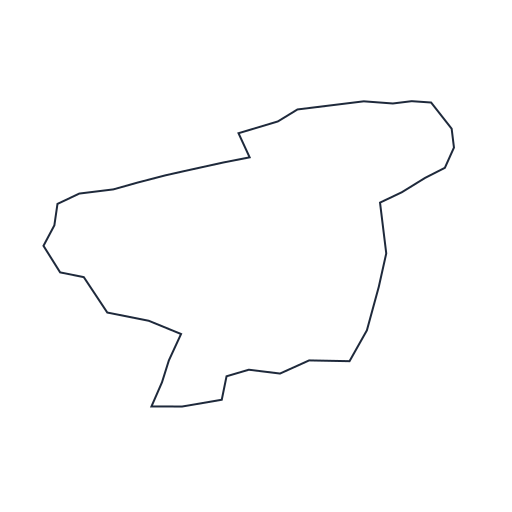 Vyzakia, Nicosia, Cyprus (Albers equal-area conic projection), rotated 263°
{"feature_id": "46923920B13954431934634", "entity_name": "Vyzakia", "entity_type": "district", "adm_level": 2, "iso_a3": "CYP", "parent_name": "Cyprus", "parent_adm1": "Nicosia", "projection": "albers", "projection_center": [33.022, 35.072], "detail": "fine", "context": "isolated", "style": "outline", "palette": "slate", "viewbox_px": 512, "rotation_deg": 263, "n_neighbors": 0, "source": "geoboundaries", "source_scale": "gbopen_adm2", "svg_char_len": 687}
<svg xmlns="http://www.w3.org/2000/svg" viewBox="0 0 512 512"><g transform="rotate(263 256 256)"><path d="M292.0,46.3L263.6,59.6L256.0,82.5L218.0,101.5L204.8,141.6L187.7,172.1L163.0,156.8L142.1,147.3L119.4,133.9L115.6,164.4L117.5,204.5L140.2,212.1L144.0,235.0L136.4,265.5L145.9,296.0L140.2,336.0L168.7,357.0L210.4,374.1L242.7,385.6L269.3,385.6L293.9,385.6L301.5,408.5L312.9,433.3L320.5,454.2L339.5,465.7L358.5,465.7L387.0,448.5L390.7,429.4L390.7,410.4L396.4,381.8L396.4,349.4L396.4,315.0L386.9,294.1L380.0,253.6L354.7,261.7L352.8,235.0L349.0,194.9L347.1,175.9L343.3,147.3L339.5,122.5L339.5,88.2L331.9,65.3L311.0,59.6L292.0,46.3Z" fill="none" stroke="#1e293b" stroke-width="2"/></g></svg>